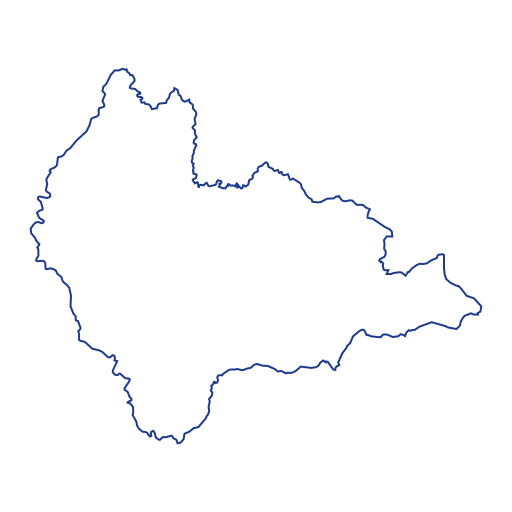 Maripí, Boyacá, Colombia
{"feature_id": "7082276B23920706141939", "entity_name": "Maripí", "entity_type": "district", "adm_level": 2, "iso_a3": "COL", "parent_name": "Colombia", "parent_adm1": "Boyacá", "projection": "orthographic", "projection_center": [-74.01, 5.573], "detail": "fine", "context": "isolated", "style": "outline", "palette": "blue", "viewbox_px": 512, "rotation_deg": 0, "n_neighbors": 0, "source": "geoboundaries", "source_scale": "gbopen_adm2", "svg_char_len": 5994}
<svg xmlns="http://www.w3.org/2000/svg" viewBox="0 0 512 512"><path d="M286.0,373.4L286.9,372.7L291.1,372.9L293.3,372.2L295.9,370.8L300.8,366.6L311.1,367.9L315.6,367.3L318.2,366.0L320.4,362.5L323.2,360.5L325.8,362.4L326.2,361.5L327.7,361.8L333.3,369.5L335.3,370.0L335.4,368.2L336.6,366.4L339.3,365.1L338.2,362.5L342.3,353.3L346.5,347.7L347.2,345.8L350.1,343.2L353.0,336.4L359.4,331.0L362.2,329.6L364.3,330.2L366.6,335.1L367.6,334.8L371.1,336.3L378.8,337.2L380.9,337.1L382.7,334.8L384.3,334.4L387.5,334.7L392.8,337.0L398.2,336.3L400.7,334.2L403.5,335.0L405.0,336.1L406.6,332.2L408.8,330.2L410.6,330.8L411.9,330.1L414.6,329.9L419.5,326.7L431.6,322.2L445.4,326.1L447.8,327.4L456.4,329.0L459.8,325.9L460.9,321.2L463.2,317.4L464.9,315.7L471.1,313.3L473.5,314.5L478.0,314.6L477.7,313.0L480.4,311.6L481.3,306.3L473.9,298.3L466.6,295.8L461.1,288.6L458.5,286.0L456.8,285.8L450.8,283.0L446.3,279.2L444.6,274.4L444.0,267.9L444.0,255.1L442.7,254.2L438.4,254.8L437.7,255.5L436.8,258.0L431.0,260.5L426.8,263.4L422.4,264.1L420.0,263.7L417.0,264.9L412.2,268.2L408.9,272.1L408.0,271.9L405.6,275.7L401.4,272.4L397.8,272.3L395.9,272.9L393.8,272.9L391.3,274.0L386.7,274.0L388.4,270.2L385.0,270.2L383.7,269.6L382.8,265.9L383.2,263.4L381.4,261.6L380.7,262.2L379.2,260.5L379.8,259.1L384.3,256.9L385.5,254.8L385.8,251.4L384.6,249.9L384.2,248.4L384.5,244.0L384.0,240.1L386.8,236.4L392.3,236.5L391.8,231.6L389.7,229.3L384.9,227.0L372.8,218.8L367.7,217.9L367.5,215.9L368.5,212.0L369.9,209.3L365.8,207.5L363.0,204.9L356.6,204.8L352.4,200.6L349.8,200.3L345.2,201.3L342.7,200.8L341.5,199.8L338.9,196.0L337.8,196.8L336.2,196.4L333.7,198.4L327.1,198.7L320.7,202.1L317.7,202.4L312.3,201.7L311.6,199.3L308.6,197.6L306.0,194.6L303.9,190.4L301.8,188.0L301.0,184.4L299.7,182.8L292.8,178.5L291.3,179.6L289.9,179.6L288.0,174.3L283.6,175.2L282.4,174.3L281.6,172.0L281.0,172.0L279.8,173.1L279.1,172.8L277.9,170.0L275.0,170.9L273.8,170.6L272.8,168.8L268.5,166.9L267.8,163.7L266.5,162.3L264.9,162.8L261.9,165.7L258.8,166.8L257.7,168.6L257.8,171.4L254.7,172.7L252.5,175.6L252.9,177.6L251.9,178.9L249.3,180.0L248.2,184.7L245.5,186.6L243.9,185.3L243.0,185.3L242.3,188.2L240.8,188.3L239.3,186.5L237.6,187.5L236.9,187.4L238.1,184.8L236.8,183.4L234.9,186.2L232.7,185.4L230.5,185.6L229.5,184.5L228.1,184.1L227.6,184.8L227.9,185.9L226.3,186.7L225.5,188.4L222.5,188.1L218.9,186.6L219.5,185.4L219.4,183.7L220.6,183.8L221.5,182.5L221.3,181.3L218.1,180.3L217.0,181.3L216.0,184.3L215.2,184.9L210.0,186.3L209.1,186.1L208.4,185.8L206.7,182.8L205.5,183.4L203.9,185.3L200.4,184.8L199.4,185.5L199.0,187.0L198.4,186.9L197.9,182.7L197.0,182.2L195.0,183.4L192.7,180.3L193.2,179.2L195.9,178.1L196.7,175.0L196.5,174.4L193.7,173.8L193.3,173.2L193.6,172.1L192.9,171.0L193.7,167.7L192.8,165.6L193.7,163.8L191.9,162.5L191.8,160.3L192.6,158.7L192.4,156.0L193.8,153.1L193.9,150.4L196.4,145.1L195.9,144.1L194.4,143.8L193.6,142.8L194.0,140.4L196.7,137.3L194.9,133.6L194.9,130.3L192.5,127.8L192.9,126.6L195.5,124.2L194.6,118.9L196.2,114.8L196.2,112.8L195.9,111.9L192.9,108.4L192.9,105.3L192.3,104.3L189.6,102.3L189.2,99.6L185.2,101.7L183.0,100.8L181.7,99.3L180.8,96.2L178.7,94.7L177.6,90.0L174.4,88.1L173.9,90.9L172.0,91.9L170.0,93.9L169.0,97.7L166.8,100.3L166.1,102.9L159.2,103.6L157.8,105.1L157.0,108.2L151.9,109.1L150.4,106.0L149.2,104.6L145.2,103.8L144.4,102.3L141.9,102.7L141.3,102.1L140.5,99.8L142.4,98.7L142.3,97.8L141.1,97.0L138.4,96.9L137.2,95.9L137.2,94.9L137.8,94.4L140.2,93.8L140.2,92.5L137.7,91.5L135.0,88.9L131.2,88.5L129.8,87.8L130.0,86.3L131.3,84.4L134.5,81.1L134.4,78.7L132.4,75.1L130.3,75.1L129.3,73.3L127.2,71.7L126.5,69.3L125.4,69.8L122.7,68.8L118.5,70.5L114.9,70.3L111.0,74.5L106.3,83.9L103.4,86.7L102.4,91.1L104.9,93.6L105.1,94.3L102.4,101.0L104.0,104.1L104.3,106.3L103.2,107.1L99.3,108.1L98.7,109.6L98.7,114.9L97.0,116.4L92.7,117.9L91.1,119.2L89.6,125.0L86.5,131.4L76.6,140.4L70.0,148.4L66.5,150.6L63.5,155.2L61.3,156.5L57.9,157.3L57.1,164.2L56.4,165.9L54.8,167.4L50.9,169.1L49.7,170.2L49.6,170.9L50.8,172.2L46.6,178.7L46.4,180.4L47.2,184.0L45.9,190.2L46.6,191.5L50.0,193.7L50.3,196.3L49.1,197.4L46.7,198.0L39.7,196.5L38.5,196.8L38.1,197.6L37.9,199.2L40.8,201.8L42.8,208.5L42.4,209.7L39.0,210.9L37.0,212.7L39.1,217.8L43.8,220.8L43.5,222.3L42.4,223.1L41.3,223.2L38.8,222.1L36.1,222.3L34.2,223.8L30.7,228.4L31.2,233.2L35.3,238.2L36.3,240.9L39.3,244.0L39.3,244.7L37.3,247.4L38.3,249.2L38.4,255.9L36.4,258.8L36.2,260.6L37.3,261.2L42.9,260.8L44.1,261.3L45.3,263.1L45.6,268.7L46.5,269.2L50.2,268.4L51.8,268.6L55.5,270.1L57.6,274.0L61.5,277.1L62.4,280.5L63.5,282.2L67.1,285.1L69.3,287.9L71.0,295.9L70.5,306.3L73.3,313.4L75.7,316.3L75.7,319.9L76.1,320.5L78.0,321.1L80.5,327.8L80.3,329.1L78.3,331.1L79.1,334.2L78.9,339.7L80.5,340.9L83.3,341.4L85.4,342.4L92.3,348.7L98.9,350.3L102.4,352.0L108.0,357.2L109.9,357.4L112.6,355.2L114.1,355.6L115.0,357.5L114.5,360.4L117.2,361.1L113.2,369.7L112.7,371.5L113.2,372.8L115.0,374.6L116.5,375.1L117.7,375.0L119.3,373.6L120.1,373.6L125.1,378.2L129.3,378.7L129.8,379.5L129.1,381.6L124.8,387.8L124.4,389.5L127.8,392.1L129.4,396.5L131.6,399.2L131.4,400.3L128.1,401.8L127.6,402.6L130.3,403.5L133.1,407.2L133.2,412.7L132.6,415.0L136.3,421.5L137.0,425.4L138.8,428.5L142.4,431.7L145.6,432.0L147.4,433.0L148.6,435.2L150.4,436.5L151.3,435.8L150.7,433.8L151.3,431.8L152.8,430.9L153.5,431.1L154.7,432.9L155.8,437.4L158.9,439.8L160.1,439.7L162.7,437.1L166.0,437.2L171.0,435.7L171.9,435.8L173.6,438.5L175.7,439.3L176.7,440.3L177.5,443.2L180.4,442.8L183.6,439.2L184.5,433.7L189.5,431.6L193.6,428.1L198.4,427.1L206.0,418.1L206.6,416.2L208.0,414.6L209.1,411.3L208.6,406.8L209.8,401.2L209.0,399.1L211.8,395.7L212.3,393.5L212.1,392.2L210.8,390.6L211.8,388.2L211.3,385.8L212.9,384.5L214.0,381.8L214.7,381.9L215.4,383.1L217.3,382.4L218.0,380.5L217.3,377.2L218.1,375.7L220.0,375.1L222.2,375.3L223.2,373.8L229.5,369.6L235.1,369.5L237.2,369.0L242.2,370.2L243.6,370.0L246.1,368.8L250.8,367.8L254.2,364.7L257.2,364.0L262.2,365.6L268.0,366.0L275.5,369.4L277.6,371.4L281.4,371.0L286.0,373.4Z" fill="none" stroke="#1e3a8a" stroke-width="2"/></svg>